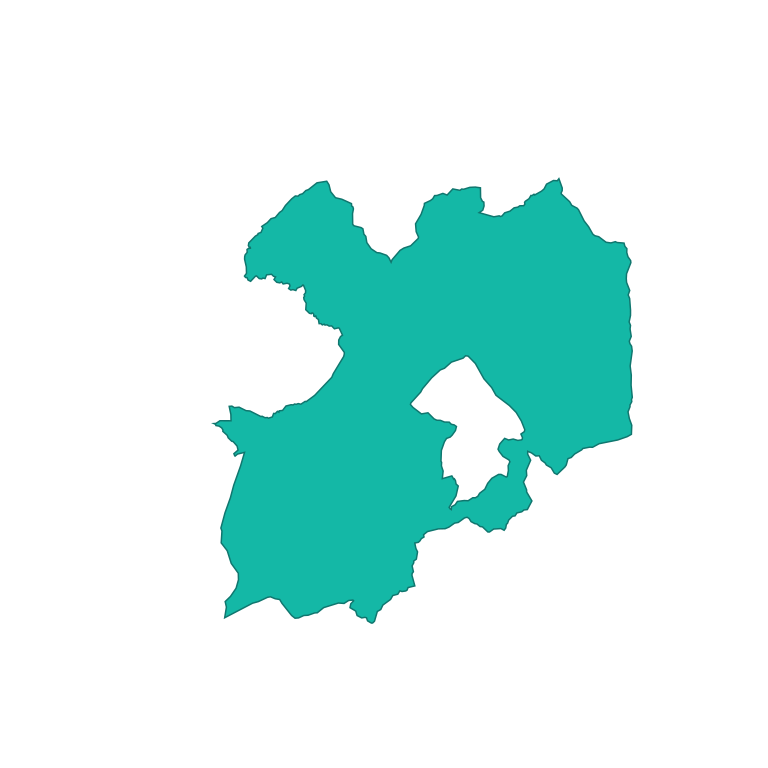 Mufindi, Iringa, United Republic of Tanzania, rotated 139°
{"feature_id": "72390352B52349151211707", "entity_name": "Mufindi", "entity_type": "district", "adm_level": 2, "iso_a3": "TZA", "parent_name": "United Republic of Tanzania", "parent_adm1": "Iringa", "projection": "orthographic", "projection_center": [35.243, -8.57], "detail": "fine", "context": "isolated", "style": "filled", "palette": "teal", "viewbox_px": 768, "rotation_deg": 139, "n_neighbors": 0, "source": "geoboundaries", "source_scale": "gbopen_adm2", "svg_char_len": 6172}
<svg xmlns="http://www.w3.org/2000/svg" viewBox="0 0 768 768"><g transform="rotate(139 384 384)"><path d="M230.3,183.7L224.1,190.3L221.5,197.0L218.1,202.9L213.3,205.4L212.1,206.8L208.6,208.1L207.4,209.9L205.4,211.0L198.3,221.0L191.6,228.4L186.4,236.1L175.0,246.1L172.4,250.0L171.9,253.2L170.8,255.4L166.2,257.7L162.2,264.1L159.5,266.5L158.3,270.0L153.0,274.0L149.5,278.0L142.5,287.4L141.3,291.0L137.2,293.4L134.3,301.5L132.0,304.6L128.6,308.1L118.1,313.6L116.9,315.3L116.4,320.0L114.5,324.0L111.9,326.8L111.9,329.8L110.4,332.9L115.3,337.9L116.0,339.6L120.2,341.6L123.4,345.3L125.3,354.3L127.6,357.6L128.1,360.1L126.4,368.5L126.0,375.7L122.9,387.8L122.9,390.0L125.1,395.6L124.3,399.8L125.5,410.9L125.1,411.9L122.7,413.0L120.9,415.0L117.3,424.2L119.9,423.7L122.6,426.4L130.2,428.2L135.2,426.2L138.6,426.2L146.3,427.8L146.3,428.8L148.8,429.1L149.4,429.9L153.0,428.7L157.5,429.2L158.7,428.9L159.7,427.3L161.6,426.9L164.6,429.4L167.0,429.7L170.2,431.6L175.5,431.8L180.6,434.0L184.8,433.4L186.3,434.1L186.7,435.3L191.4,438.1L199.8,450.9L195.4,450.4L191.7,452.7L189.3,455.8L189.9,457.2L188.9,461.2L182.5,468.8L185.9,472.7L190.2,476.1L196.1,478.7L197.5,480.2L199.6,480.3L204.1,486.1L212.4,485.2L214.5,489.2L220.3,491.5L222.2,493.0L225.7,491.8L228.6,492.0L235.0,493.8L236.5,492.3L244.7,487.7L255.1,484.2L259.8,477.8L261.5,472.3L262.7,471.4L273.2,470.8L279.9,473.6L284.2,474.3L296.3,472.5L298.8,471.2L297.5,476.0L297.6,479.4L301.1,485.6L303.2,487.8L305.0,494.5L304.2,502.0L300.9,507.3L300.9,510.2L298.1,515.0L298.7,517.1L302.8,523.0L302.9,525.0L296.0,533.2L292.2,536.2L291.3,538.0L291.6,539.6L290.2,541.5L294.6,551.1L298.4,556.4L298.1,564.0L294.8,570.5L294.2,574.6L302.6,579.8L313.5,580.3L316.1,581.3L320.6,581.0L323.3,582.2L325.7,582.2L327.6,584.1L332.2,584.3L341.2,583.4L347.1,581.7L350.3,582.0L356.8,581.0L360.8,582.9L366.2,582.3L372.9,583.1L373.2,581.1L377.4,579.1L380.3,580.2L381.2,579.5L384.1,580.0L393.5,579.2L395.6,577.4L395.9,575.7L395.2,574.9L395.8,574.1L397.2,575.2L399.1,575.4L400.9,573.1L404.0,572.6L405.5,571.6L407.3,569.7L411.1,562.7L415.2,557.7L418.5,557.0L418.6,555.2L417.6,554.1L418.4,551.6L417.3,549.0L410.3,549.7L409.3,549.2L409.0,545.4L407.3,543.5L405.9,543.4L404.6,541.6L401.0,543.4L396.9,540.6L396.7,537.8L395.6,536.0L398.5,535.0L398.2,531.1L396.3,528.7L394.3,528.1L394.5,525.7L391.0,523.6L389.8,521.5L390.6,519.7L393.4,518.6L392.7,516.0L390.8,515.0L389.2,512.4L386.7,513.3L382.3,511.8L380.2,511.9L380.0,511.3L381.8,506.0L383.4,504.3L385.7,503.9L386.3,502.4L387.8,502.0L389.0,500.1L389.7,496.0L394.3,491.4L393.9,486.3L392.7,484.7L391.7,484.9L391.2,484.1L391.3,482.7L392.4,481.4L392.1,480.4L390.9,480.1L391.7,478.1L391.2,475.7L393.4,472.1L391.9,470.8L391.8,469.1L389.9,468.4L389.9,467.2L388.2,466.1L387.4,463.7L385.4,462.2L385.2,458.2L381.6,456.3L381.2,455.3L383.3,448.1L385.7,448.3L389.3,446.9L392.3,443.6L393.2,433.9L394.4,432.6L396.4,431.2L415.4,425.1L419.0,423.3L443.8,420.9L454.2,421.7L454.9,422.6L460.0,423.3L461.6,425.5L463.5,426.2L464.7,427.6L466.3,427.8L467.7,429.3L472.4,431.7L477.9,430.6L480.7,432.5L481.8,431.7L482.4,433.3L485.4,433.0L486.6,434.2L489.8,432.4L493.7,434.0L494.0,435.2L495.9,436.6L497.2,439.7L498.2,440.1L502.9,451.6L505.6,454.4L508.6,461.6L512.4,464.3L513.3,467.1L515.5,468.7L519.6,461.4L523.6,456.6L531.9,463.9L536.7,464.5L538.3,465.7L537.6,464.1L538.1,462.9L536.1,460.4L535.3,457.4L535.7,455.0L536.7,454.0L536.0,448.1L536.9,445.6L536.5,440.8L535.6,439.4L535.6,433.5L537.5,429.9L543.0,429.9L543.7,428.0L543.7,427.3L540.5,427.2L534.1,423.9L546.1,416.2L563.8,406.2L574.6,398.9L588.5,391.1L601.6,382.3L602.8,379.3L611.1,370.9L611.7,361.0L617.0,348.8L618.1,336.8L622.3,331.7L629.6,326.9L639.2,324.4L646.6,324.0L649.3,319.0L657.6,312.1L627.0,304.8L621.6,302.2L611.8,299.4L609.3,297.9L607.0,293.3L604.1,289.8L604.9,285.4L605.6,269.9L604.8,265.6L601.9,263.5L596.4,261.9L593.0,259.3L586.5,256.7L584.4,255.1L576.2,254.8L562.1,248.6L558.1,244.6L552.7,243.8L549.2,241.3L549.2,240.3L553.3,239.9L556.4,237.5L554.3,231.2L556.2,226.9L554.3,222.1L551.5,220.4L550.6,219.1L551.8,216.0L550.4,211.9L549.4,211.1L546.8,211.2L538.3,216.7L534.4,215.9L529.9,217.9L520.4,217.1L516.1,218.6L511.5,216.3L507.7,217.5L506.6,215.6L503.3,213.5L501.8,213.3L499.4,214.6L493.2,211.4L488.4,221.3L487.0,222.6L485.0,223.0L482.1,228.3L478.9,229.5L477.7,230.9L474.5,230.6L468.8,235.3L467.8,239.0L465.1,243.8L462.0,242.0L460.0,242.0L457.2,242.8L454.2,242.3L453.0,244.3L448.0,244.1L438.0,239.0L432.8,234.7L428.9,233.4L422.0,232.7L418.8,230.8L411.0,230.1L408.7,228.9L408.0,226.7L408.6,223.0L407.1,219.1L405.7,217.4L405.0,213.4L403.4,211.6L402.7,204.2L401.5,203.1L396.4,202.6L390.6,198.2L389.3,194.8L386.7,195.4L383.7,197.8L382.2,197.8L379.2,199.5L373.8,199.9L371.6,198.5L368.3,199.5L363.9,197.2L361.0,197.1L358.2,195.2L349.1,198.7L347.2,208.9L345.8,210.6L343.1,218.5L336.4,221.2L333.2,225.5L323.3,230.3L321.6,236.8L319.7,238.9L317.9,235.3L316.7,230.1L313.9,228.0L315.2,223.2L314.2,218.8L314.6,216.3L312.8,211.1L313.9,205.0L312.7,202.2L301.9,202.7L299.6,203.3L294.1,207.0L290.9,205.7L286.1,206.1L278.0,204.6L276.3,204.9L270.2,201.4L268.1,199.4L260.8,197.8L244.3,188.4L235.0,184.7L230.3,183.7ZM356.9,240.6L364.5,242.1L370.9,241.0L377.0,238.4L383.5,238.8L386.9,237.7L389.7,238.2L391.6,239.9L397.1,240.7L399.9,243.4L405.6,247.2L409.5,246.2L413.6,247.1L415.6,245.1L416.0,246.3L415.8,248.2L403.1,252.3L394.9,258.3L395.2,261.3L393.4,264.3L393.1,266.3L393.8,266.3L393.1,270.1L402.1,274.3L396.5,279.5L394.4,284.5L391.9,287.1L391.7,288.3L384.3,296.2L376.4,300.7L372.5,301.9L368.8,300.5L366.0,300.7L360.6,302.0L357.2,304.4L357.9,307.2L359.6,309.4L359.8,312.4L363.3,315.6L365.3,319.6L367.9,322.0L369.1,324.8L369.7,333.4L375.4,336.9L377.5,347.3L377.5,351.2L376.1,352.1L361.7,353.8L358.0,355.2L343.9,357.4L332.3,357.7L328.0,356.2L318.8,356.3L307.3,351.6L303.9,351.8L302.2,349.8L301.6,339.5L305.2,322.3L305.1,310.6L306.9,302.0L303.5,285.5L302.9,275.8L304.6,266.0L307.7,257.2L309.3,256.0L313.5,256.4L314.6,252.8L316.1,251.5L317.0,251.7L320.0,253.6L322.6,257.7L326.7,260.0L328.6,263.8L336.0,262.8L340.7,260.0L341.3,257.6L341.7,251.3L339.5,244.7L340.0,242.7L343.9,240.9L346.9,237.1L351.7,233.3L352.8,233.6L355.0,239.0L356.9,240.6Z" fill="#14b8a6" stroke="#0f766e" stroke-width="1.5"/></g></svg>